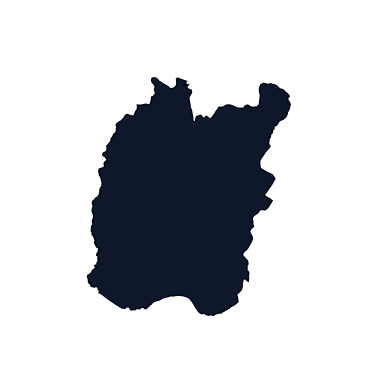 Ganzourgou, Ganzourgou, Burkina Faso, rotated 35°
{"feature_id": "67063806B50041184778807", "entity_name": "Ganzourgou", "entity_type": "district", "adm_level": 2, "iso_a3": "BFA", "parent_name": "Burkina Faso", "parent_adm1": "Ganzourgou", "projection": "robinson", "projection_center": [-0.77, 12.29], "detail": "fine", "context": "isolated", "style": "filled", "palette": "ink", "viewbox_px": 384, "rotation_deg": 35, "n_neighbors": 0, "source": "geoboundaries", "source_scale": "gbopen_adm2", "svg_char_len": 6064}
<svg xmlns="http://www.w3.org/2000/svg" viewBox="0 0 384 384"><g transform="rotate(35 192 192)"><path d="M229.6,109.8L228.5,109.9L227.8,108.8L227.0,108.9L226.1,107.4L225.8,105.9L224.9,105.6L224.5,102.1L223.3,99.4L223.7,97.6L223.6,97.0L222.6,95.4L222.3,94.5L222.9,93.6L221.7,91.2L221.6,90.4L222.9,88.9L222.7,84.0L223.1,82.8L224.8,80.2L225.7,76.4L225.1,73.5L224.3,71.8L224.3,70.4L223.7,67.7L222.7,65.6L222.7,64.8L221.7,63.5L218.7,62.0L217.1,61.5L216.4,59.3L216.7,58.6L216.6,57.7L214.7,57.1L208.0,56.2L206.9,56.3L204.7,57.3L200.3,56.6L198.1,57.0L194.0,58.6L192.5,60.6L189.9,61.3L188.6,61.9L187.8,62.8L187.0,64.6L187.4,67.0L188.5,69.3L190.2,71.5L192.0,72.8L192.7,73.6L197.0,81.6L197.1,82.6L196.6,83.3L197.6,84.0L194.1,87.2L192.2,88.5L190.7,88.8L188.8,88.7L187.6,89.1L186.3,90.8L186.2,91.8L186.6,93.3L185.8,94.1L183.1,96.2L180.3,97.5L175.7,98.3L173.6,98.9L171.2,100.3L170.6,101.1L170.1,101.8L169.0,104.3L167.7,105.7L165.5,107.2L165.7,109.4L165.6,112.7L165.9,114.7L165.7,120.7L164.9,121.6L163.9,121.9L160.4,121.7L159.9,123.7L159.4,124.6L158.7,125.1L157.5,125.1L155.6,124.2L154.7,124.5L153.8,126.2L152.6,127.4L153.3,130.5L153.8,131.2L154.8,132.0L153.5,133.3L152.7,133.7L151.4,132.7L149.7,130.5L147.7,128.5L144.4,125.3L142.1,123.9L139.9,121.3L138.4,120.0L135.1,116.5L134.6,111.2L134.3,110.5L132.9,109.1L129.0,110.0L128.0,109.6L127.6,109.3L127.4,106.4L126.8,107.1L125.3,106.9L124.9,108.1L123.9,108.9L123.9,104.6L114.7,107.2L114.7,108.5L117.1,111.3L118.1,113.6L118.2,114.9L117.9,116.3L117.3,117.6L116.3,119.0L115.0,119.7L113.6,120.0L112.1,119.5L105.7,120.1L102.4,120.1L101.7,120.4L99.2,119.6L97.4,119.4L96.6,119.9L95.6,120.0L94.6,121.1L94.1,122.1L95.3,124.2L96.6,124.9L97.9,125.0L98.1,125.3L100.4,125.9L101.8,127.4L102.7,129.8L105.3,131.7L105.8,132.6L105.4,136.4L104.5,137.4L105.3,138.3L107.3,143.3L107.1,145.1L106.3,145.8L103.8,146.6L100.4,150.3L97.4,152.2L99.1,153.8L99.5,155.6L100.2,155.7L100.2,156.6L99.7,158.2L100.6,161.6L100.7,163.1L100.2,164.2L98.5,164.3L97.3,165.1L94.8,165.5L93.9,166.3L93.6,168.2L93.9,170.0L93.3,174.1L92.9,175.2L92.2,176.2L91.4,179.3L91.6,180.6L93.5,182.2L93.8,183.3L94.4,184.4L95.1,185.1L95.4,186.1L95.5,187.5L95.0,189.1L95.1,191.0L95.5,191.8L95.3,192.1L95.3,194.1L95.4,195.1L96.0,195.7L96.5,197.4L95.9,203.3L97.2,204.4L98.9,207.7L98.4,208.7L97.2,210.3L97.1,211.4L97.7,212.8L98.1,213.1L100.1,212.9L103.1,213.5L103.5,213.9L104.1,215.3L104.0,216.2L103.5,217.6L103.6,218.9L105.6,220.8L105.7,221.9L105.4,223.2L103.2,225.9L103.0,226.6L103.3,227.6L103.8,228.5L106.3,230.6L106.3,231.1L107.7,231.6L109.6,232.8L113.4,236.0L113.5,236.6L115.0,238.9L114.8,241.5L115.5,242.4L115.6,243.7L116.1,244.1L116.9,244.0L116.9,245.8L117.8,247.4L117.6,249.2L117.9,249.7L116.6,252.4L116.8,253.4L116.1,256.3L116.7,258.1L119.7,260.8L119.7,261.7L119.9,262.5L120.7,263.5L120.7,264.4L122.4,265.7L124.0,266.5L124.0,266.9L125.3,267.7L125.9,269.4L127.0,270.8L126.6,271.8L127.0,272.4L127.5,272.4L127.6,273.6L129.1,274.8L129.5,275.5L129.5,277.8L130.2,278.0L130.5,277.8L130.7,278.6L130.5,279.6L131.7,281.0L132.0,281.8L133.6,282.4L134.5,283.8L134.7,283.4L136.2,284.5L138.6,285.6L139.4,286.6L139.9,286.6L140.5,287.5L141.1,289.3L142.2,290.0L142.9,290.0L143.8,291.0L144.8,291.2L145.4,291.7L147.1,291.4L147.6,291.6L148.3,291.3L148.6,292.9L149.6,294.3L149.4,295.6L150.0,296.0L149.9,296.7L149.6,297.4L150.3,298.4L151.3,297.9L152.6,299.5L152.8,299.3L153.5,299.6L153.3,300.7L154.4,301.8L155.2,303.0L154.8,303.8L155.0,304.7L155.3,305.2L156.0,305.5L156.4,306.5L155.1,307.2L154.6,308.0L155.7,308.8L156.2,308.8L156.7,309.6L156.3,310.4L156.3,311.6L155.7,312.3L156.0,313.0L155.6,313.7L155.9,314.2L155.9,314.8L155.7,317.9L154.5,319.8L154.7,320.6L155.5,321.7L156.9,322.6L159.0,325.1L160.6,325.8L161.1,325.3L161.6,325.2L161.8,325.6L162.6,326.0L162.7,326.5L163.2,326.5L163.3,326.9L165.6,326.3L165.8,325.8L166.5,325.8L167.0,324.9L166.9,324.4L167.4,324.5L168.2,324.0L169.2,324.0L169.8,324.2L171.4,325.5L173.4,326.3L173.7,326.9L173.5,327.3L173.6,327.8L175.3,327.4L178.0,327.3L181.7,327.6L187.7,327.7L199.2,327.3L200.3,327.0L200.9,327.2L201.6,326.9L201.6,326.6L203.8,325.7L204.1,324.1L205.2,322.3L207.4,322.5L208.6,323.3L210.0,323.5L211.4,321.8L212.0,321.7L212.5,321.3L212.8,320.9L212.6,319.9L213.3,319.6L213.4,319.2L216.1,317.6L217.0,314.6L217.8,314.6L219.2,313.9L219.8,314.6L220.3,314.4L220.1,313.8L220.4,313.1L220.6,313.0L221.0,313.7L221.3,313.7L221.2,312.6L221.7,312.4L221.6,311.5L221.9,310.3L222.3,309.9L222.2,308.3L222.9,307.1L222.8,306.4L223.0,305.2L224.0,303.1L225.0,301.7L227.0,299.2L229.1,295.0L232.2,291.6L233.5,289.8L235.0,288.5L236.4,287.7L237.7,286.2L240.6,283.9L244.3,281.9L249.3,280.4L251.9,280.7L255.1,281.6L258.3,282.9L260.0,283.9L266.5,286.3L269.8,286.1L271.1,284.2L271.8,284.0L272.6,284.4L273.2,284.3L275.4,283.7L276.2,283.1L276.5,283.2L277.2,282.2L278.3,281.3L280.3,280.8L280.7,279.7L280.6,278.8L281.0,278.9L282.0,277.1L282.4,276.9L283.8,275.3L284.2,275.3L285.0,273.9L285.3,274.0L285.5,272.8L286.6,271.4L286.6,269.6L287.8,268.8L288.3,267.0L289.0,265.9L288.8,265.1L289.1,265.0L289.5,263.1L290.0,262.9L290.3,261.8L291.4,260.1L291.8,258.2L292.2,257.5L292.2,256.1L292.6,255.7L288.5,251.2L287.6,251.4L287.2,251.2L287.1,250.4L288.0,246.9L288.4,243.8L287.4,240.7L286.3,239.4L284.9,236.8L284.1,234.2L284.5,232.7L285.0,232.5L288.5,232.9L289.2,232.8L287.5,229.8L286.9,229.6L285.3,226.5L284.4,225.3L283.3,224.9L281.9,224.9L281.0,223.1L279.4,221.3L279.1,219.0L278.1,217.7L276.6,216.6L269.8,215.0L269.0,213.6L268.8,212.5L268.7,211.1L269.7,207.5L269.7,206.0L269.1,199.7L268.4,195.9L267.1,194.4L266.4,194.0L265.0,193.2L263.2,192.8L263.2,192.4L261.6,191.2L261.2,190.8L261.5,190.0L261.2,188.3L261.7,187.0L262.1,184.9L261.1,184.4L260.0,183.2L258.9,181.7L256.4,179.0L255.8,177.9L256.4,175.0L257.7,171.6L257.9,167.0L261.6,164.9L262.4,164.1L263.0,160.7L262.8,155.4L262.5,153.1L261.8,153.3L260.7,153.0L254.7,153.5L253.1,153.2L252.9,151.5L253.0,149.2L252.8,145.6L253.0,140.9L252.3,133.9L251.6,133.2L248.0,132.0L246.8,132.0L243.4,132.7L236.4,133.5L234.6,133.3L233.9,133.1L230.6,129.3L229.5,127.4L229.3,126.3L229.1,117.0L229.5,113.7L229.6,109.8Z" fill="#0f172a" stroke="#020617" stroke-width="1.5"/></g></svg>